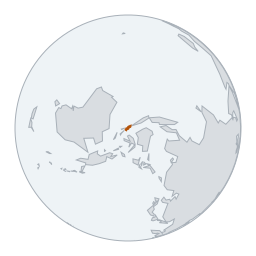 globe centered on Nusa Tenggara Barat, rotated 142°
{"feature_id": "IDN-555", "entity_name": "Nusa Tenggara Barat", "entity_type": "Province", "adm_level": 1, "iso_a3": "IDN", "parent_name": "Indonesia", "parent_adm1": "", "projection": "orthographic", "projection_center": [117.655, -8.595], "detail": "fine", "context": "on_globe", "style": "filled", "palette": "amber", "viewbox_px": 256, "rotation_deg": 142, "n_neighbors": 0, "source": "natural_earth", "source_scale": "10m", "svg_char_len": 8292}
<svg xmlns="http://www.w3.org/2000/svg" viewBox="0 0 256 256"><g transform="rotate(142 128 128)"><circle cx="128" cy="128" r="113" fill="#eef3f6" stroke="#a8b0b8"/><path d="M223.9,151.3L223.7,152.2L223.9,151.3ZM192.0,35.3L191.9,35.2L192.0,35.3ZM234.3,90.6L234.4,91.0L233.5,88.5L233.7,89.0L234.3,90.6ZM232.9,86.9L233.2,87.7L232.9,87.0L232.9,86.9ZM232.6,86.3L232.8,86.7L232.7,86.5L232.6,86.3ZM232.4,85.9L232.5,86.1L232.4,85.9ZM231.7,84.6L231.5,84.1L231.7,84.6ZM176.8,26.5L174.9,25.6L175.9,26.0L176.8,26.5ZM171.9,24.3L173.6,25.0L168.9,23.1L170.2,23.8L163.8,21.2L169.9,23.5L170.7,23.8L171.9,24.3ZM161.0,20.3L159.6,19.9L159.9,20.0L161.0,20.3ZM31.8,69.4L32.0,69.2L38.6,59.5L38.3,59.9L45.0,51.8L46.2,51.1L47.5,49.6L49.7,47.1L53.1,43.9L51.8,45.0L58.4,39.5L65.3,34.4L72.6,29.9L80.2,26.0L88.0,22.7L91.5,21.5L92.8,21.2L94.2,20.7L95.4,20.3L96.2,20.6L97.3,20.2L99.6,19.2L103.7,18.2L103.7,18.3L102.3,18.7L99.2,20.0L95.3,21.3L95.7,21.3L99.1,20.2L102.9,18.6L105.3,18.0L104.0,18.5L104.7,18.2L105.9,18.0L107.2,18.0L108.9,17.4L122.5,15.7L126.3,15.9L123.6,16.3L133.2,16.5L136.7,17.4L136.9,17.1L141.5,17.4L140.5,17.1L140.9,17.0L152.4,18.6L155.1,19.4L160.2,20.5L160.3,20.4L158.5,19.8L163.8,21.2L170.2,23.8L169.7,23.7L174.0,25.7L172.4,25.5L172.9,26.5L168.6,25.8L169.5,27.0L171.1,27.6L173.4,30.0L172.7,33.2L166.2,27.6L165.9,23.9L165.4,24.9L163.4,23.9L161.9,23.9L161.8,25.0L163.1,25.5L152.1,24.6L147.5,27.8L153.0,28.6L155.8,30.5L155.3,36.6L142.9,44.0L146.5,48.1L146.3,50.5L142.3,51.4L142.4,47.8L138.9,46.1L139.6,44.2L133.2,45.0L133.9,42.3L128.6,44.6L130.0,46.9L135.3,47.0L130.4,50.5L135.1,55.2L135.0,60.5L124.8,69.4L115.5,71.8L114.7,73.6L111.4,71.4L106.4,74.9L112.1,85.9L111.8,89.2L103.9,95.1L103.8,92.6L94.9,86.6L92.8,94.4L99.6,101.1L101.9,109.1L96.5,106.5L94.2,99.5L91.1,97.2L92.3,90.3L90.3,80.5L84.9,82.4L85.6,78.5L82.1,71.0L74.5,73.7L62.3,84.6L60.1,94.9L56.1,99.8L52.6,85.7L53.8,76.4L50.8,77.6L48.6,70.7L39.9,72.1L40.2,70.0L38.2,71.5L36.9,69.9L38.0,66.5L36.5,67.3L34.1,76.4L35.9,75.7L39.5,71.2L38.3,74.8L39.8,77.4L32.7,87.6L22.3,99.2L23.8,91.7L29.3,73.8L30.6,71.5L30.8,71.3L31.0,70.9L28.8,74.7L30.4,71.7L31.8,69.4ZM30.4,71.7L24.9,83.8L22.8,89.7L22.1,99.7L21.5,101.1L22.0,103.0L26.9,98.2L26.4,100.9L22.5,114.0L18.0,133.7L20.1,145.1L22.3,155.4L22.8,163.7L26.1,171.4L26.9,175.0L29.2,179.6L31.7,185.0L34.6,190.6L35.2,191.9L31.0,185.2L27.2,178.2L23.9,171.0L21.1,163.6L18.9,156.0L17.2,148.2L16.0,140.4L15.4,132.5L15.4,124.6L15.9,116.7L17.0,108.8L18.6,101.1L20.8,93.4L23.5,86.0L26.7,78.7L30.4,71.7ZM45.0,55.2L47.5,54.7L51.0,49.7L52.3,49.2L53.0,47.8L51.2,49.3L53.6,45.6L56.4,43.8L58.4,41.8L57.6,41.9L52.2,45.9L48.7,51.1L46.2,53.4L45.0,55.2ZM36.9,61.8L37.2,61.4L36.4,62.5L36.9,61.8ZM72.0,204.2L74.4,205.6L73.2,205.9L72.0,204.2ZM27.8,151.0L31.7,169.9L30.1,170.7L27.4,165.6L24.5,154.4L25.6,150.5L25.5,145.2L27.8,151.0ZM130.5,129.9L134.0,130.7L133.9,131.3L130.5,129.9ZM126.9,127.7L130.9,128.2L126.2,128.9L126.9,127.7ZM132.4,128.4L136.5,127.8L138.2,127.1L137.9,128.2L132.4,128.4ZM124.2,127.6L109.8,126.6L104.2,125.0L105.5,123.0L114.6,123.9L124.2,127.6ZM105.0,123.0L96.5,117.3L85.3,101.9L89.3,102.1L101.1,111.4L100.3,113.1L105.5,117.5L105.0,123.0ZM125.8,114.1L125.0,119.0L117.1,118.0L113.5,117.0L111.0,110.6L112.3,107.4L115.3,107.7L127.0,97.9L131.0,100.7L127.3,104.9L130.6,109.4L125.8,114.1ZM60.4,95.8L62.2,101.9L60.1,103.1L60.4,95.8ZM131.9,91.1L127.1,95.1L131.6,89.5L131.9,91.1ZM134.7,85.8L134.9,88.0L133.1,85.7L134.7,85.8ZM114.4,76.5L111.3,76.9L111.3,75.4L115.3,74.1L114.4,76.5ZM134.8,65.2L134.4,69.4L133.6,70.7L132.4,68.1L134.8,65.2ZM97.6,19.5L95.8,20.1L96.0,20.0L97.6,19.5ZM106.4,17.5L107.6,17.2L104.6,17.8L106.4,17.5ZM120.6,15.7L122.4,15.5L123.3,15.6L123.0,15.6L120.6,15.7ZM121.8,15.5L122.0,15.5L120.5,15.7L119.6,15.7L119.8,15.7L121.8,15.5ZM197.2,193.6L198.1,195.3L194.9,198.3L190.6,200.9L186.8,200.8L197.2,193.6ZM166.8,194.0L166.9,189.3L171.4,189.9L169.4,193.7L166.8,194.0ZM200.2,191.6L203.1,188.3L204.4,183.1L203.8,188.2L205.8,189.6L199.0,195.3L200.2,191.6ZM150.7,172.2L128.6,178.2L123.7,176.7L124.9,173.1L120.4,162.0L122.0,162.3L120.9,155.1L133.9,149.7L143.3,139.2L150.6,140.9L156.1,133.5L163.6,135.3L161.3,141.3L169.2,147.1L174.5,133.6L179.2,150.2L184.8,157.4L186.3,168.5L175.9,184.4L170.0,186.7L168.9,184.6L166.4,186.0L162.6,184.4L160.6,177.9L158.2,179.3L160.6,175.2L157.1,178.6L155.1,174.4L150.7,172.2ZM204.6,155.4L205.6,156.2L207.3,159.9L205.6,158.6L204.6,155.4ZM221.1,153.2L221.5,154.9L220.4,154.7L221.1,153.2ZM223.6,152.2L222.3,152.1L223.9,151.3L223.6,152.2ZM210.5,148.0L211.0,149.2L210.5,149.4L210.5,148.0ZM210.0,147.5L210.7,146.1L210.6,147.7L210.0,147.5ZM204.9,137.0L205.6,136.4L205.9,137.2L204.9,137.0ZM139.2,131.3L144.1,127.9L146.7,127.8L139.2,131.3ZM204.0,135.0L202.3,134.3L202.5,133.6L204.0,135.0ZM204.1,133.1L203.9,131.9L204.9,135.0L204.1,133.1ZM200.9,129.5L202.9,132.2L200.6,129.7L200.9,129.5ZM199.6,129.4L198.1,128.1L198.2,127.8L199.6,129.4ZM182.8,126.5L188.4,134.6L183.9,133.3L178.8,127.9L174.9,131.0L166.0,128.6L168.1,126.6L166.9,122.7L157.7,119.8L155.9,117.2L159.1,116.1L153.1,113.4L159.7,113.4L162.4,118.5L166.1,115.5L172.6,117.6L178.9,120.5L184.0,125.3L182.8,126.5ZM159.7,123.9L160.9,124.1L159.9,125.4L159.7,123.9ZM195.3,124.6L197.5,127.6L197.2,128.1L196.1,127.4L195.3,124.6ZM185.2,124.7L190.6,122.2L191.9,122.6L188.3,126.2L185.2,124.7ZM189.3,119.2L191.8,120.5L193.2,123.1L192.7,123.5L189.3,119.2ZM146.3,117.5L146.0,118.8L144.3,117.5L146.3,117.5ZM148.5,117.0L153.6,119.1L148.0,118.1L148.5,117.0ZM133.0,110.7L134.4,113.9L139.2,112.4L135.6,114.9L138.8,120.4L137.7,122.2L134.5,116.3L133.4,122.0L131.4,121.7L130.2,116.6L132.3,110.9L134.3,108.7L142.9,108.6L133.0,110.7ZM148.4,113.2L147.1,109.4L148.1,107.2L149.6,109.3L148.4,113.2ZM143.1,100.6L139.6,96.2L136.3,97.4L143.0,92.7L145.3,97.6L143.1,100.6ZM140.2,91.7L137.1,92.7L140.4,89.9L140.2,91.7ZM136.4,91.3L136.1,88.6L138.5,89.2L136.4,91.3ZM141.8,92.0L142.5,87.5L143.6,90.3L141.8,92.0ZM135.3,82.7L140.3,87.5L133.7,85.0L133.7,76.7L136.6,76.8L135.3,82.7ZM153.1,54.2L152.6,52.2L155.2,52.2L154.8,53.5L153.1,54.2ZM163.4,51.2L155.8,51.5L149.6,52.3L151.4,53.4L149.8,56.5L147.2,53.1L151.7,50.2L156.4,50.3L157.3,47.8L160.8,46.8L160.4,43.7L162.0,42.8L163.8,45.7L163.4,51.2ZM160.0,42.4L160.5,37.7L165.4,39.4L166.4,40.8L164.1,42.2L161.6,41.2L160.0,42.4ZM162.0,37.2L159.7,36.3L155.4,29.5L155.7,28.6L161.6,34.1L159.6,33.6L159.8,35.2L162.0,37.2ZM159.9,20.0L159.6,19.9L160.8,20.2L159.9,20.0ZM140.2,16.8L140.9,16.8L142.2,17.0L140.2,16.8ZM143.7,16.8L141.7,16.5L143.8,16.7L143.7,16.8ZM137.3,16.1L140.9,16.4L137.5,16.2L137.3,16.1Z" fill="#d9dde1" stroke="#a8b0b8" stroke-width="1"/><path d="M131.0,128.0L131.0,128.3L130.9,128.3L130.7,128.3L130.5,128.2L130.4,128.2L130.3,128.3L130.3,128.2L130.2,128.3L130.2,128.2L130.1,128.3L130.3,128.4L130.5,128.4L130.5,128.5L130.4,128.5L130.2,128.4L129.6,128.5L129.4,128.4L129.5,128.3L129.5,128.2L129.4,128.0L129.5,128.1L129.4,128.2L129.3,128.3L129.2,128.3L129.0,128.5L128.9,128.5L128.7,128.5L128.4,128.7L128.2,128.7L127.8,128.8L127.7,128.8L127.4,128.9L127.2,128.8L127.0,129.0L126.9,129.0L126.7,129.0L126.6,128.9L126.4,128.9L126.2,128.8L126.2,128.7L126.3,128.5L126.4,128.4L126.3,128.2L126.2,128.1L126.3,128.0L126.4,127.9L126.5,127.9L126.8,127.8L126.9,127.7L127.0,127.6L127.3,127.6L127.6,127.8L127.6,127.7L127.8,127.6L127.8,127.8L127.9,127.7L128.0,127.7L128.0,127.9L128.1,128.0L128.1,127.9L128.2,128.0L128.3,128.1L128.2,128.1L128.3,128.2L128.5,128.2L128.5,128.3L128.7,128.2L128.8,128.2L129.0,128.1L129.2,127.9L129.1,128.0L129.0,127.9L128.9,127.8L128.8,127.7L128.7,127.7L128.7,127.8L128.6,127.7L128.4,127.6L128.2,127.4L128.1,127.2L128.3,127.1L128.5,127.0L128.8,127.0L129.0,127.1L129.0,127.3L129.1,127.5L129.3,127.6L129.4,127.4L129.5,127.4L129.8,127.4L130.0,127.4L130.0,127.6L129.9,127.9L130.0,127.9L130.1,127.7L130.2,127.4L130.3,127.4L130.5,127.4L130.6,127.5L130.7,127.8L130.7,128.0L130.8,128.1L130.9,127.9L131.0,128.0L131.0,128.0ZM126.0,127.4L126.2,127.5L126.1,127.8L126.1,128.0L125.9,128.3L125.8,128.5L125.7,128.6L125.4,128.6L125.2,128.6L124.9,128.6L124.7,128.5L124.5,128.4L124.8,128.3L125.0,128.3L124.9,128.2L124.9,127.9L124.8,127.7L125.0,127.6L125.3,127.3L125.5,127.2L125.6,127.3L125.8,127.3L126.0,127.4ZM128.0,127.1L128.0,127.3L127.9,127.3L127.8,127.5L127.7,127.5L127.7,127.4L127.7,127.2L127.8,127.1L128.0,127.1ZM130.8,127.1L130.9,127.3L130.7,127.3L130.7,127.2L130.8,127.1Z" fill="#f59e0b" stroke="#b45309" stroke-width="1.5"/></g></svg>